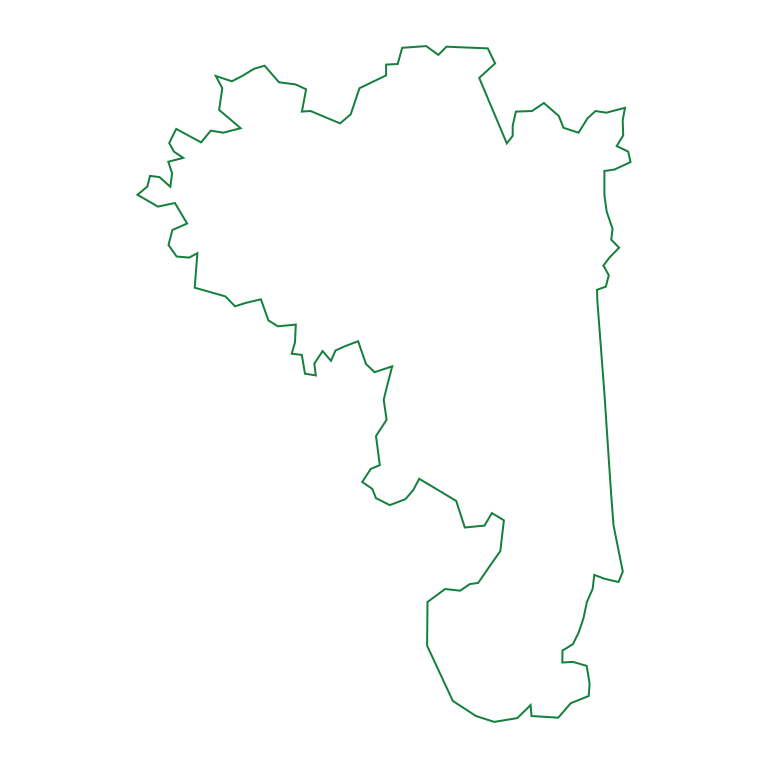 Vila Maria, Rio Grande do Sul, Brazil (Robinson projection)
{"feature_id": "56859067B98350178986845", "entity_name": "Vila Maria", "entity_type": "district", "adm_level": 2, "iso_a3": "BRA", "parent_name": "Brazil", "parent_adm1": "Rio Grande do Sul", "projection": "robinson", "projection_center": [-52.161, -28.575], "detail": "fine", "context": "isolated", "style": "outline", "palette": "green", "viewbox_px": 768, "rotation_deg": 0, "n_neighbors": 0, "source": "geoboundaries", "source_scale": "gbopen_adm2", "svg_char_len": 1955}
<svg xmlns="http://www.w3.org/2000/svg" viewBox="0 0 768 768"><path d="M427.1,645.7L452.8,700.9L475.9,716.0L494.2,721.9L517.3,718.1L530.6,705.1L531.5,716.0L558.2,717.7L570.8,703.2L588.7,696.0L589.6,683.6L586.7,665.9L572.9,661.9L562.3,662.5L562.5,650.5L572.9,644.2L578.8,632.2L583.5,618.1L586.9,602.0L592.6,589.0L594.3,574.9L604.3,578.7L618.5,582.0L622.8,571.7L613.5,525.2L611.1,493.8L604.3,392.2L597.3,300.2L597.0,289.8L605.8,286.7L608.8,275.3L603.4,265.6L609.4,257.6L619.1,247.7L611.2,239.7L612.6,228.9L606.7,211.7L604.4,195.2L604.4,171.0L614.6,169.5L630.5,162.0L628.2,151.6L616.7,146.1L623.2,135.4L622.7,120.2L625.0,107.8L606.2,112.7L595.6,111.0L587.7,118.1L578.5,132.7L563.5,127.8L558.8,116.0L543.9,103.0L532.1,111.0L515.9,111.6L512.7,125.7L512.7,135.8L506.8,143.4L479.2,77.9L495.1,63.4L487.8,48.4L446.5,46.7L438.3,54.9L426.2,46.1L402.2,47.8L397.7,64.0L386.1,64.6L386.1,75.4L359.5,88.2L350.7,114.3L340.1,123.4L310.5,111.0L301.9,111.6L306.1,89.3L295.5,84.4L279.0,82.3L264.6,65.7L254.0,68.8L242.5,75.8L231.8,81.3L215.8,76.0L222.3,88.2L219.1,109.9L240.6,128.2L223.2,132.7L210.8,130.6L201.1,142.4L176.2,128.9L169.2,143.0L173.9,151.6L183.2,157.9L168.3,161.7L172.1,173.3L170.3,186.8L159.5,177.1L150.0,175.9L147.3,186.6L137.5,194.8L157.9,206.6L174.9,203.0L187.1,223.5L172.4,230.0L168.5,245.0L176.6,256.5L189.1,257.6L197.4,253.2L194.7,287.7L225.4,296.4L235.0,306.3L245.8,302.9L260.9,299.3L268.4,320.4L277.9,326.3L295.8,324.6L295.0,342.3L291.7,353.7L301.8,354.9L305.0,373.7L315.8,375.4L314.3,363.6L322.6,351.1L331.0,360.8L335.5,350.5L344.8,346.3L358.1,341.2L366.0,364.0L374.6,372.2L392.2,366.3L387.0,386.3L383.7,399.8L386.6,419.8L376.0,436.0L379.8,465.1L370.8,468.9L362.2,482.0L372.3,488.9L376.0,498.2L389.8,505.1L405.4,499.2L413.3,490.0L419.2,478.8L456.2,500.9L464.8,527.5L484.5,525.6L491.9,513.1L503.9,520.3L500.3,551.1L489.7,566.2L478.2,582.9L469.8,584.1L460.1,590.7L445.1,589.0L427.5,602.0L427.1,645.7Z" fill="none" stroke="#15803d" stroke-width="2"/></svg>